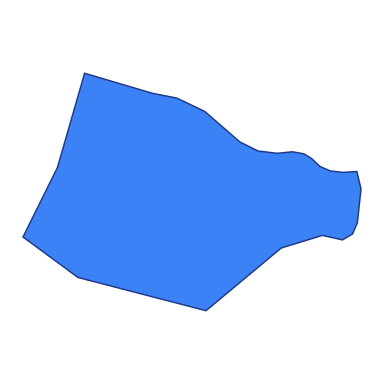 the Municipality of Šempeter-Vrtojba
{"feature_id": "SVN-261", "entity_name": "Šempeter-Vrtojba", "entity_type": "Municipality", "adm_level": 1, "iso_a3": "SVN", "parent_name": "Slovenia", "parent_adm1": "", "projection": "natural_earth1", "projection_center": [13.656, 45.922], "detail": "fine", "context": "isolated", "style": "filled", "palette": "blue", "viewbox_px": 384, "rotation_deg": 0, "n_neighbors": 0, "source": "natural_earth", "source_scale": "10m", "svg_char_len": 424}
<svg xmlns="http://www.w3.org/2000/svg" viewBox="0 0 384 384"><path d="M23.0,237.0L57.4,167.6L84.6,73.3L152.4,93.3L176.8,98.1L204.8,111.5L239.9,142.0L258.0,151.0L277.0,153.3L292.5,151.8L303.8,153.8L311.5,158.5L319.9,166.4L330.0,170.9L343.1,172.4L356.8,171.5L361.0,188.8L357.4,222.6L352.6,233.9L342.5,239.9L322.3,235.4L281.2,248.0L206.0,310.7L78.0,277.5L23.0,237.0Z" fill="#3b82f6" stroke="#1e3a8a" stroke-width="1.5"/></svg>